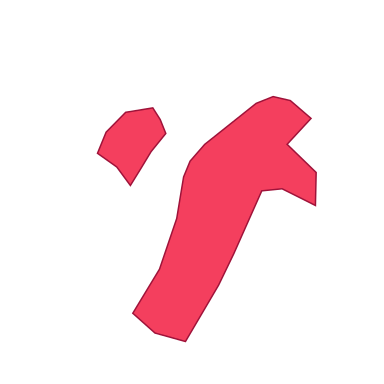 an SVG outline of Ash Shamālīyah, rotated 39°
{"feature_id": "BHR-4927", "entity_name": "Ash Shamālīyah", "entity_type": "Governorate", "adm_level": 1, "iso_a3": "BHR", "parent_name": "Bahrain", "parent_adm1": "", "projection": "mercator", "projection_center": [50.465, 26.145], "detail": "fine", "context": "isolated", "style": "filled", "palette": "rose", "viewbox_px": 384, "rotation_deg": 39, "n_neighbors": 0, "source": "natural_earth", "source_scale": "10m", "svg_char_len": 556}
<svg xmlns="http://www.w3.org/2000/svg" viewBox="0 0 384 384"><g transform="rotate(39 192 192)"><path d="M222.3,323.5L215.3,272.4L196.8,222.2L176.0,185.6L171.1,169.2L171.9,147.0L186.1,82.7L195.0,66.8L210.8,59.1L211.0,59.1L212.2,59.1L238.2,59.9L235.9,95.1L276.2,98.7L296.4,124.8L260.0,132.8L245.5,147.2L263.3,213.6L271.3,247.7L281.0,312.3L252.0,324.9L222.3,323.5ZM108.6,151.3L121.7,155.7L134.8,163.0L134.8,186.4L137.4,205.3L140.0,225.7L117.8,219.9L94.2,221.4L87.6,199.5L90.3,171.8L108.6,151.3Z" fill="#f43f5e" stroke="#9f1239" stroke-width="1.5"/></g></svg>